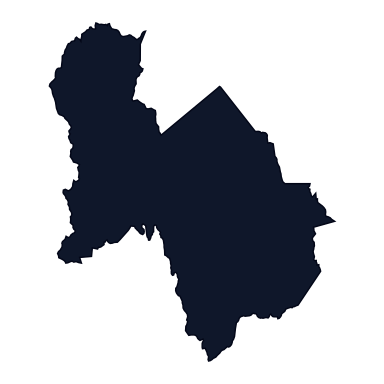 outline of Canindé, Ceará, Brazil
{"feature_id": "56859067B68432351022715", "entity_name": "Canindé", "entity_type": "district", "adm_level": 2, "iso_a3": "BRA", "parent_name": "Brazil", "parent_adm1": "Ceará", "projection": "equal_earth", "projection_center": [-39.487, -4.403], "detail": "fine", "context": "isolated", "style": "filled", "palette": "ink", "viewbox_px": 384, "rotation_deg": 0, "n_neighbors": 0, "source": "geoboundaries", "source_scale": "gbopen_adm2", "svg_char_len": 5865}
<svg xmlns="http://www.w3.org/2000/svg" viewBox="0 0 384 384"><path d="M310.0,183.7L285.0,183.7L283.1,182.1L282.3,180.5L281.2,176.6L280.9,173.7L280.3,171.9L279.4,167.1L277.9,164.4L277.3,162.8L276.9,161.2L276.9,159.3L276.2,157.8L274.9,156.3L273.2,143.9L270.0,142.7L267.9,143.1L267.6,141.6L267.1,137.8L267.3,135.2L266.4,133.7L265.2,132.8L262.6,132.4L261.2,133.0L260.2,131.9L258.8,131.4L255.3,131.5L220.5,87.1L219.5,86.5L216.5,89.2L161.1,135.2L160.1,133.2L159.1,132.0L158.6,129.2L158.6,126.8L156.0,123.5L155.6,120.6L155.6,118.9L155.4,116.6L155.8,114.4L155.7,112.9L155.3,110.5L153.8,109.8L151.2,108.3L148.3,108.9L146.2,108.7L144.1,104.4L142.6,103.9L139.4,101.8L137.3,100.0L133.2,101.1L132.3,100.0L131.9,98.3L132.5,96.7L133.1,95.5L134.4,90.7L134.0,88.8L134.3,87.1L135.1,85.4L136.1,83.9L135.9,79.6L136.7,77.4L137.8,76.5L139.0,75.8L139.7,74.4L139.9,72.9L141.4,72.0L142.3,71.0L142.9,68.8L141.6,68.4L138.6,64.9L138.9,63.5L140.2,60.7L140.3,44.1L145.5,31.2L144.2,31.5L143.0,32.3L141.8,34.0L141.2,35.8L140.2,37.6L139.1,38.1L137.9,39.2L136.7,39.6L135.4,38.7L134.2,37.6L132.0,36.4L130.8,35.3L129.3,34.9L127.7,35.8L123.4,36.6L121.4,36.1L120.2,34.6L119.0,31.9L117.7,30.4L116.1,29.7L114.7,29.6L111.8,28.8L110.7,27.1L109.8,25.4L109.4,23.7L107.9,24.1L107.2,25.6L105.9,24.4L104.4,24.8L101.3,24.3L98.9,24.5L97.7,23.6L95.9,23.0L95.2,25.6L95.6,28.7L94.0,29.2L92.3,28.6L90.9,27.0L89.7,27.4L89.4,29.2L86.8,30.2L85.8,31.6L81.8,34.3L81.8,36.1L81.2,39.1L80.9,41.3L79.7,39.3L78.4,38.9L76.5,37.2L75.4,38.2L74.6,40.8L71.5,41.5L70.1,43.3L68.4,43.7L67.1,46.1L66.4,48.2L65.2,50.0L64.6,52.2L64.4,54.2L63.3,55.1L62.3,56.1L62.2,60.3L61.4,67.7L59.6,68.3L58.2,68.3L56.9,69.2L56.1,70.6L55.5,72.7L55.3,76.3L55.6,77.8L54.7,79.2L52.9,81.0L51.9,81.8L50.0,83.9L49.4,86.1L51.1,88.0L51.9,89.4L52.3,91.3L52.5,93.1L53.5,96.3L54.4,98.1L55.6,102.2L56.5,108.3L58.4,113.5L59.7,114.7L62.0,115.4L64.3,116.8L65.0,118.4L67.6,120.8L68.6,121.9L69.4,124.2L70.7,125.7L71.4,127.2L70.8,128.8L68.9,131.0L69.4,133.0L70.3,133.9L68.6,136.5L69.0,138.5L70.0,140.3L70.8,142.7L73.2,144.2L73.2,146.4L72.7,148.5L71.2,149.5L70.7,151.2L70.9,153.3L70.3,156.5L72.7,160.1L73.5,162.0L76.9,163.0L79.5,164.6L78.7,166.4L77.8,167.4L78.4,170.4L79.1,171.8L79.1,173.4L78.9,175.6L78.6,177.5L79.4,178.8L78.7,180.2L76.4,181.6L75.0,181.5L73.8,180.4L72.9,183.7L72.8,185.4L72.5,186.9L70.8,189.3L69.3,190.4L68.2,190.8L65.3,189.3L63.4,190.1L63.1,192.3L63.5,193.7L64.8,195.1L65.8,196.8L66.0,198.3L67.2,199.4L67.9,200.7L68.4,202.1L68.0,204.3L69.5,207.0L69.6,209.5L71.3,212.0L71.9,214.1L71.3,216.0L70.4,216.9L70.7,218.5L70.7,220.6L70.4,222.7L73.2,225.4L73.0,227.5L73.9,229.3L75.0,230.1L75.2,231.6L74.2,233.0L72.9,233.4L70.9,235.0L70.0,236.8L69.0,237.4L67.9,237.4L66.1,236.3L65.1,239.3L62.5,241.6L61.9,243.2L62.3,244.8L62.0,247.2L60.0,250.4L58.6,251.5L57.6,253.5L58.6,255.8L58.8,257.7L62.2,259.3L64.1,260.5L65.2,261.7L65.8,263.1L67.8,262.8L71.2,261.3L72.4,261.3L73.8,262.1L75.4,261.7L76.8,261.8L78.5,262.5L81.4,263.1L79.6,257.4L91.5,256.4L92.3,247.9L97.6,249.0L98.4,247.3L99.6,247.3L100.9,246.9L104.0,244.6L104.0,242.2L105.2,242.0L105.9,240.6L107.0,239.9L107.7,241.4L108.8,242.6L110.3,243.4L112.4,243.1L114.3,242.4L117.4,242.2L120.0,239.6L128.1,230.5L129.2,228.9L130.9,226.0L134.6,226.3L135.3,228.1L136.6,229.3L137.4,230.3L138.5,231.1L139.7,232.9L140.9,233.8L142.7,234.5L143.9,233.3L144.2,231.5L143.9,229.5L142.5,228.3L141.7,227.3L141.9,225.1L143.0,223.9L144.5,224.8L145.7,225.7L146.8,235.0L147.2,236.9L148.1,237.9L148.6,240.1L149.7,240.1L150.6,238.2L151.2,235.7L152.3,234.6L152.6,232.7L153.6,231.8L153.6,227.6L153.8,225.9L155.0,224.9L156.4,225.5L156.8,227.8L158.2,229.9L159.4,230.9L160.5,232.2L159.8,234.1L160.8,235.5L161.0,237.5L162.4,238.2L163.4,240.2L164.1,244.9L164.1,247.2L164.6,250.1L164.8,255.0L166.3,255.7L168.3,257.6L169.6,258.3L170.6,261.7L170.6,263.3L171.2,265.7L170.8,267.9L171.5,270.1L171.3,271.6L171.4,273.7L172.5,275.3L173.6,275.0L174.3,272.7L176.0,272.3L176.8,273.4L177.4,274.8L177.4,276.3L177.9,277.8L178.9,278.9L178.3,280.9L178.2,282.5L177.0,286.7L175.8,288.3L175.7,290.8L176.4,292.8L177.3,294.2L178.5,295.7L179.7,295.9L180.4,297.0L182.3,301.2L182.3,303.0L183.0,305.0L183.1,308.0L184.4,310.5L185.9,312.1L187.4,314.4L187.7,316.8L186.7,320.0L187.7,321.3L186.8,324.8L185.9,326.2L185.6,330.7L188.8,335.3L191.2,334.9L193.6,334.9L195.4,335.2L196.8,336.4L197.6,338.2L198.5,339.3L200.0,340.4L203.0,339.1L203.6,340.8L202.6,342.1L202.2,343.5L202.2,347.3L202.5,348.7L205.2,348.3L207.0,352.3L207.5,354.7L208.5,356.0L208.5,357.5L208.1,359.5L208.6,361.0L210.3,360.6L211.9,359.6L213.4,358.2L214.5,357.8L216.0,356.9L217.2,355.4L219.8,353.0L220.8,351.4L222.2,350.2L223.9,349.6L227.3,346.6L228.6,347.0L229.8,346.5L231.4,344.7L232.1,342.7L232.4,340.9L233.5,339.3L234.5,336.5L235.4,328.5L236.4,322.6L237.7,321.7L238.6,320.2L239.2,318.2L240.5,316.8L243.6,315.7L245.1,316.2L249.5,315.7L251.0,315.1L252.1,313.9L253.2,313.2L254.3,313.6L255.9,313.7L256.9,315.0L257.5,316.4L258.9,317.6L260.5,318.1L261.8,317.9L263.0,318.2L266.0,317.5L268.1,317.9L269.1,316.7L269.6,314.9L270.8,314.1L271.5,315.3L272.7,316.5L274.0,316.8L277.3,316.8L277.9,318.7L279.3,318.2L280.5,316.8L281.2,315.7L281.7,313.7L284.7,311.4L285.8,309.1L287.6,308.3L290.8,307.3L292.1,307.7L293.4,306.6L294.5,306.6L295.7,305.9L298.0,305.1L320.6,271.3L320.2,269.5L319.6,267.9L318.8,266.6L318.8,264.7L317.0,265.0L316.8,263.2L316.2,262.0L316.2,260.5L314.7,260.6L313.6,259.5L314.1,258.0L314.4,256.6L313.4,253.3L313.1,251.2L313.7,249.2L313.9,247.3L314.4,245.9L314.1,242.2L313.0,241.2L312.4,239.4L312.4,237.8L315.5,233.8L313.9,230.7L313.8,228.8L313.5,227.2L334.6,221.3L331.7,219.4L330.2,217.8L327.7,216.6L326.2,216.6L325.4,214.6L325.7,212.0L325.4,209.8L323.9,207.6L322.3,206.0L317.8,202.6L317.4,200.9L317.4,198.9L316.2,199.3L315.7,193.3L313.4,196.0L312.4,197.0L311.3,195.9L310.8,193.6L309.7,191.2L309.9,189.2L308.8,188.8L308.1,187.3L309.5,186.1L310.0,183.7Z" fill="#0f172a" stroke="#020617" stroke-width="1.5"/></svg>